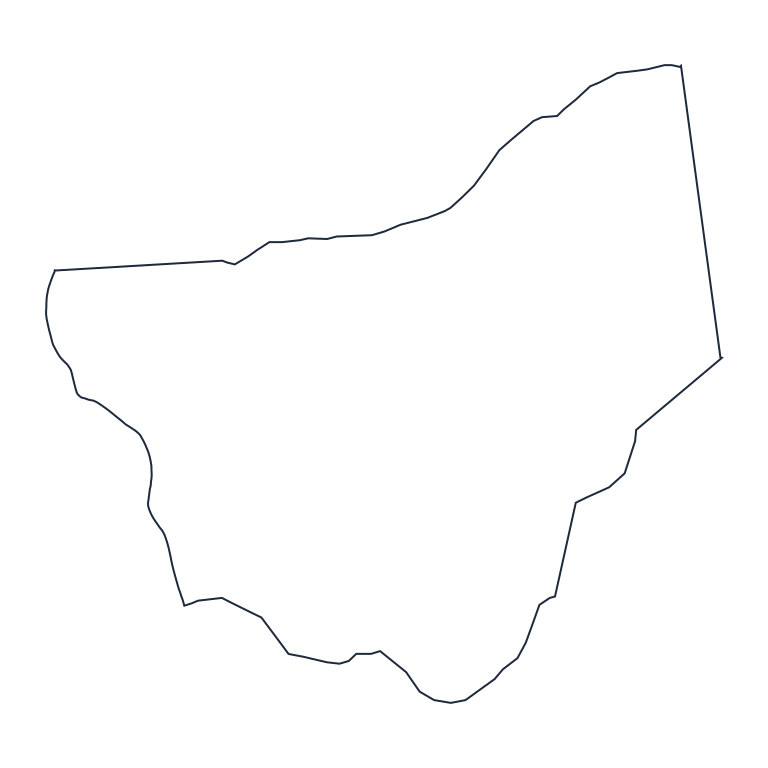 the district of Fond Sabot, Vieux Fort, Saint Lucia
{"feature_id": "8701671B44376877134949", "entity_name": "Fond Sabot", "entity_type": "district", "adm_level": 2, "iso_a3": "LCA", "parent_name": "Saint Lucia", "parent_adm1": "Vieux Fort", "projection": "equal_earth", "projection_center": [-60.957, 13.777], "detail": "fine", "context": "isolated", "style": "outline", "palette": "slate", "viewbox_px": 768, "rotation_deg": 0, "n_neighbors": 0, "source": "geoboundaries", "source_scale": "gbopen_adm2", "svg_char_len": 2272}
<svg xmlns="http://www.w3.org/2000/svg" viewBox="0 0 768 768"><path d="M184.3,605.7L191.8,603.3L197.9,600.7L221.9,597.9L229.1,601.6L238.5,606.3L253.5,613.7L261.4,617.5L280.2,642.7L288.5,653.9L291.3,654.5L303.1,656.7L327.0,662.3L339.5,663.7L347.0,661.5L348.9,660.9L356.2,653.9L370.7,653.9L371.6,653.7L380.1,651.1L406.1,672.1L419.7,691.7L432.4,699.1L434.2,700.1L450.9,702.9L465.5,700.1L482.8,687.6L494.6,679.1L502.9,669.3L517.5,658.1L525.8,642.7L532.8,623.4L539.4,604.9L548.9,598.5L549.8,597.9L551.3,597.5L555.0,596.5L570.2,528.0L575.8,502.7L581.2,500.1L587.3,497.1L609.1,487.3L617.5,479.8L624.7,473.3L635.1,441.1L635.7,434.8L636.2,429.9L720.4,359.1L721.1,358.5L721.9,357.8L720.4,357.3L696.9,183.5L681.0,65.8L679.9,66.9L671.6,65.1L664.7,65.1L647.1,69.4L638.4,70.6L617.1,73.1L599.6,82.4L590.3,86.2L575.6,99.8L564.0,109.2L557.1,116.0L541.9,117.2L533.5,121.0L510.0,140.8L499.4,150.1L486.0,169.4L474.0,185.6L462.0,197.4L450.4,207.9L444.9,211.0L427.3,217.9L400.6,224.7L384.4,231.5L371.9,235.2L336.8,236.5L327.1,239.0L308.2,238.3L299.9,240.2L282.3,242.1L269.4,242.1L257.0,250.1L248.2,256.4L234.8,264.4L227.4,262.6L222.3,260.7L55.5,270.5L54.8,270.3L54.6,271.7L52.7,276.0L51.0,280.6L49.9,283.8L49.2,285.8L48.1,289.6L46.9,296.1L46.6,299.3L46.4,303.0L46.3,308.2L46.1,311.3L46.1,314.3L46.6,318.5L48.0,325.3L49.5,331.6L50.9,336.7L51.9,340.9L53.1,344.8L55.3,349.0L57.7,353.4L60.0,357.0L62.5,359.8L64.9,362.2L67.4,364.6L69.8,368.2L70.9,370.0L72.0,374.1L73.2,379.2L74.4,384.1L75.7,389.1L76.9,393.0L77.8,394.4L80.0,396.5L81.7,397.6L84.9,398.4L88.6,399.7L91.1,400.2L93.6,400.7L96.8,402.2L100.8,404.8L106.2,408.6L109.0,410.7L112.6,413.6L116.5,416.8L121.4,420.7L125.7,424.4L129.5,426.8L134.7,430.2L137.5,432.4L140.1,435.0L143.2,440.5L144.1,442.3L145.4,445.0L147.4,449.8L148.5,452.6L149.9,457.6L150.7,461.5L151.4,466.0L151.5,470.7L151.7,474.2L151.5,478.2L151.0,481.7L150.7,485.6L149.8,489.5L148.7,498.1L148.0,503.2L148.2,506.2L149.3,509.8L150.6,512.9L151.9,515.6L153.4,518.3L155.8,521.9L157.8,524.7L160.0,527.9L162.1,530.4L163.5,532.8L164.5,534.9L165.6,537.8L167.1,542.3L168.5,547.4L169.4,551.3L170.2,554.9L170.6,556.9L171.4,561.1L172.6,566.4L173.8,571.2L176.0,579.2L178.7,588.6L180.2,592.6L181.0,595.3L182.6,599.7L183.4,602.4L184.3,605.7Z" fill="none" stroke="#1e293b" stroke-width="2"/></svg>